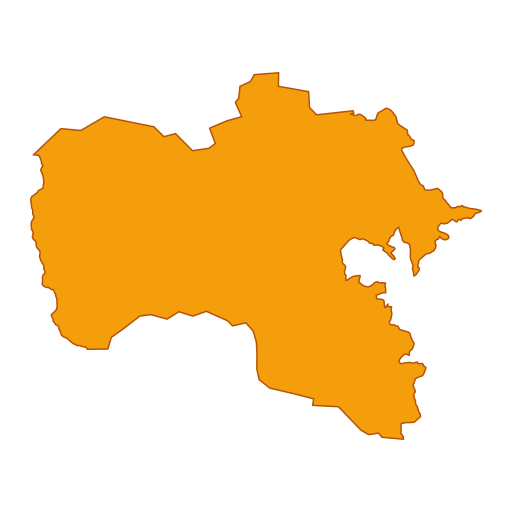 Kapan, Syunik, Armenia (orthographic projection)
{"feature_id": "60910142B33530441096586", "entity_name": "Kapan", "entity_type": "district", "adm_level": 2, "iso_a3": "ARM", "parent_name": "Armenia", "parent_adm1": "Syunik", "projection": "orthographic", "projection_center": [46.399, 39.181], "detail": "fine", "context": "isolated", "style": "filled", "palette": "amber", "viewbox_px": 512, "rotation_deg": 0, "n_neighbors": 0, "source": "geoboundaries", "source_scale": "gbopen_adm2", "svg_char_len": 6027}
<svg xmlns="http://www.w3.org/2000/svg" viewBox="0 0 512 512"><path d="M403.4,439.2L403.2,436.8L400.8,432.9L401.1,430.7L401.1,423.9L401.6,423.1L403.9,423.1L405.7,422.6L409.9,422.6L414.4,422.2L418.1,418.6L420.4,416.8L420.3,414.2L419.5,413.1L418.8,411.7L417.2,406.6L416.2,404.9L415.6,403.5L415.4,400.7L414.5,398.5L414.2,396.6L413.7,395.5L413.8,394.1L414.6,393.0L415.3,391.5L414.7,389.1L413.9,387.7L413.1,384.8L414.2,382.6L415.4,378.6L419.6,376.6L421.7,376.1L423.0,375.1L424.6,371.9L425.7,368.6L425.8,367.5L425.3,366.9L423.3,365.8L423.5,365.1L422.4,363.5L418.3,363.6L417.7,363.0L417.4,362.2L416.3,362.2L413.4,363.1L412.0,363.1L410.5,362.5L407.1,362.6L404.9,362.8L402.1,363.7L400.6,363.5L399.8,362.7L399.1,361.6L399.2,360.2L401.2,357.2L404.5,354.3L405.9,354.1L407.3,354.4L408.1,355.1L409.1,355.3L409.6,351.4L410.9,350.1L412.1,349.3L413.3,346.6L413.9,344.4L413.9,343.0L413.3,341.7L412.4,340.7L411.0,337.3L409.8,333.2L408.1,332.0L399.7,329.5L398.1,326.5L397.6,326.1L395.9,325.9L394.3,324.9L391.2,324.9L390.2,324.4L389.3,323.4L389.4,321.6L390.6,320.0L391.9,313.6L391.0,309.5L391.5,308.1L391.4,306.7L388.6,306.6L387.8,306.0L387.9,304.3L387.4,304.6L385.8,307.5L384.9,307.6L384.2,303.8L384.0,300.8L383.3,300.0L381.7,299.3L376.7,298.9L376.2,295.3L381.5,293.2L383.6,292.7L385.7,292.7L385.6,288.6L385.1,286.4L385.0,284.5L385.6,283.4L385.3,282.9L378.7,282.7L378.0,281.9L376.9,281.9L374.6,282.6L373.5,284.1L371.8,285.2L370.4,286.1L368.0,287.0L364.7,286.2L362.8,285.4L359.7,282.7L358.8,282.6L358.7,282.1L360.2,276.1L359.9,275.5L354.0,276.1L351.4,277.3L348.1,279.4L347.0,280.3L345.9,280.3L345.9,275.4L344.7,274.1L344.5,270.9L345.1,269.9L345.7,266.5L344.8,265.2L342.6,263.2L342.2,261.9L342.5,260.7L342.4,259.6L341.5,256.2L340.8,252.7L340.5,249.9L348.1,241.3L350.2,239.5L351.9,238.4L354.6,237.6L355.6,237.7L359.4,239.5L360.7,239.4L362.0,238.8L363.1,238.9L367.7,241.0L369.7,243.1L370.9,243.5L372.5,243.3L373.7,245.1L378.2,245.1L379.4,245.2L379.9,245.8L381.6,245.8L382.9,247.3L383.8,247.9L383.9,248.3L383.2,248.8L382.8,249.7L383.0,250.1L387.7,253.5L388.3,254.7L391.8,258.1L393.2,259.3L394.4,259.6L395.2,258.5L393.4,255.6L391.0,253.3L391.5,252.2L394.6,249.4L394.9,248.4L394.3,247.6L390.3,246.2L387.1,244.2L386.8,243.7L386.9,243.1L388.6,241.6L389.7,238.2L390.4,237.3L391.3,236.3L393.5,235.1L394.4,232.0L395.5,230.1L397.3,228.2L398.5,227.4L399.0,227.8L399.6,230.7L401.9,237.5L402.3,239.8L403.2,241.4L404.2,242.3L406.3,242.6L408.6,243.6L409.5,244.7L410.5,249.5L410.3,256.6L410.7,259.8L411.7,261.6L413.2,266.0L412.5,267.6L412.5,268.7L413.4,271.7L413.7,274.9L414.1,275.9L415.6,275.1L419.0,270.4L419.4,268.7L419.1,267.8L417.7,266.5L417.7,265.1L418.5,263.3L418.6,261.6L419.0,260.3L420.1,259.1L425.5,254.5L426.4,253.9L430.0,253.1L434.2,250.3L435.9,247.0L435.9,245.0L435.3,243.5L435.3,240.6L436.5,239.7L438.1,239.2L438.6,238.6L439.0,237.4L439.6,236.5L441.3,238.3L443.0,239.3L444.4,239.8L446.6,239.5L447.9,238.9L448.7,237.8L448.7,236.2L447.6,234.8L444.7,233.2L440.1,231.7L438.4,230.5L437.7,229.4L438.2,226.7L440.5,223.6L441.5,223.2L443.1,223.7L444.3,223.8L447.4,223.1L451.0,220.4L451.7,219.5L452.5,219.3L456.3,221.9L456.8,221.8L458.1,220.0L459.0,219.4L461.0,220.3L461.2,219.8L461.9,219.1L464.1,218.2L466.6,218.1L468.1,217.3L468.7,218.2L469.6,218.6L470.7,218.4L471.5,218.1L473.6,216.1L475.2,213.5L475.8,213.1L478.1,212.8L479.3,212.4L481.3,211.0L481.0,210.5L476.0,209.2L468.8,208.3L467.5,207.7L463.4,206.7L462.6,205.8L461.8,205.5L461.1,206.3L459.3,206.7L458.3,206.4L456.9,206.8L455.3,207.7L452.3,207.9L450.6,207.3L448.7,204.7L446.8,202.7L445.0,200.1L443.2,198.5L442.7,197.6L442.8,194.8L442.1,192.5L441.4,191.5L438.4,189.0L437.7,188.5L436.6,188.5L430.5,190.1L428.0,190.2L425.2,189.9L424.3,188.7L423.7,186.8L423.0,185.6L421.6,185.2L420.2,184.1L417.7,179.8L417.0,177.7L413.6,170.2L405.8,157.9L401.7,150.4L401.6,149.2L402.6,148.0L403.9,147.2L410.0,146.3L413.0,145.2L413.8,143.6L414.1,141.4L414.0,140.5L411.2,139.1L409.1,135.5L408.1,134.8L407.6,134.1L407.5,131.2L407.2,130.0L403.7,127.9L402.5,126.9L401.1,126.4L398.3,124.0L397.4,122.8L396.2,117.4L395.4,115.9L392.5,112.0L390.0,109.7L386.8,108.3L385.5,108.5L381.4,111.1L379.9,111.8L378.1,113.1L377.4,114.4L375.9,119.1L374.6,120.3L366.0,120.2L365.3,119.7L365.8,119.1L365.9,118.6L365.0,117.5L360.6,114.5L358.4,114.2L356.9,115.3L354.8,115.5L353.8,115.2L353.4,114.6L352.0,114.6L350.9,113.9L353.7,113.2L353.6,112.1L353.1,110.8L316.6,114.8L309.5,107.5L308.6,91.7L278.4,86.3L278.6,72.8L254.3,74.6L250.4,81.6L240.0,86.3L238.7,98.2L235.4,102.5L241.7,116.7L227.0,120.8L209.6,128.2L215.3,143.5L208.8,148.3L192.5,150.7L175.5,133.6L164.0,136.7L153.9,126.8L104.3,116.8L80.8,130.5L60.9,128.6L33.6,154.7L35.7,155.1L36.8,155.0L39.2,155.7L40.9,159.9L41.4,161.6L41.5,163.2L41.9,164.3L42.9,165.4L42.6,166.4L41.5,167.9L40.7,170.2L43.1,175.8L43.9,183.1L43.3,184.3L43.3,186.8L42.6,188.3L40.5,189.7L38.5,190.4L37.9,191.7L36.9,192.8L31.6,196.8L31.0,198.2L30.7,200.1L30.9,202.1L31.4,203.9L31.5,206.6L32.0,208.5L32.8,210.2L32.7,212.5L32.9,214.5L33.9,216.3L33.9,217.8L31.7,221.3L31.2,223.3L31.2,225.4L31.6,229.5L32.8,231.3L33.3,233.0L32.5,235.7L32.4,237.1L32.9,238.6L35.9,241.8L36.5,246.8L37.0,247.8L38.9,249.8L40.1,252.0L40.0,253.5L39.5,256.2L40.7,260.3L43.8,265.6L43.9,267.0L43.8,268.5L44.1,269.8L45.2,271.8L44.7,273.4L43.0,275.1L42.4,277.2L42.6,278.9L42.3,284.6L44.5,286.7L46.7,287.4L48.8,287.6L51.4,289.5L53.4,289.8L55.5,294.2L56.0,296.8L56.9,299.0L57.0,300.6L56.9,302.6L57.2,304.9L56.9,308.0L56.5,309.4L54.9,311.4L51.5,314.5L51.3,315.4L52.1,317.4L53.1,318.8L53.1,321.0L54.8,323.1L55.5,324.5L58.7,326.4L58.8,328.2L59.0,329.3L60.2,331.0L61.2,334.6L62.4,336.0L64.3,337.3L66.0,337.7L66.9,338.3L73.5,343.9L75.3,344.3L76.5,345.4L78.6,345.5L86.0,347.4L87.5,349.3L107.8,349.0L111.3,337.4L123.9,328.4L139.8,316.1L150.6,314.6L167.1,319.1L178.9,311.7L192.9,316.1L206.3,311.3L227.7,320.8L232.6,325.9L245.9,322.8L253.2,331.2L256.4,342.1L257.0,354.6L256.8,368.8L259.1,379.6L269.8,388.1L292.9,393.5L313.6,398.8L312.7,405.4L338.4,406.7L361.2,430.4L368.6,434.6L378.6,433.1L381.9,437.3L403.4,439.2Z" fill="#f59e0b" stroke="#b45309" stroke-width="1.5"/></svg>